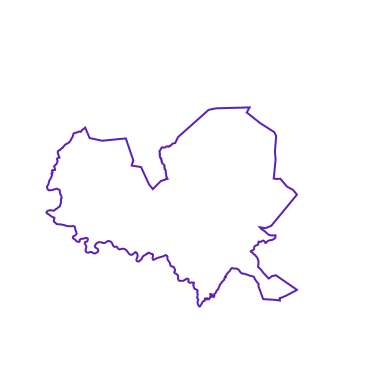 San Juan Tepeuxila, Oaxaca, Mexico, rotated 27°
{"feature_id": "50627088B92335277656173", "entity_name": "San Juan Tepeuxila", "entity_type": "district", "adm_level": 2, "iso_a3": "MEX", "parent_name": "Mexico", "parent_adm1": "Oaxaca", "projection": "orthographic", "projection_center": [-96.763, 17.75], "detail": "fine", "context": "isolated", "style": "outline", "palette": "violet", "viewbox_px": 384, "rotation_deg": 27, "n_neighbors": 0, "source": "geoboundaries", "source_scale": "gbopen_adm2", "svg_char_len": 6049}
<svg xmlns="http://www.w3.org/2000/svg" viewBox="0 0 384 384"><g transform="rotate(27 192 192)"><path d="M82.1,280.7L82.5,281.1L83.2,281.3L84.1,281.2L84.8,281.8L86.3,281.9L87.9,281.3L90.3,280.2L90.6,280.2L93.3,279.5L95.5,279.2L97.7,278.5L102.1,276.1L103.2,276.1L104.1,277.0L104.9,278.3L105.8,279.2L106.9,279.9L108.1,281.6L108.1,282.5L107.6,283.7L106.5,285.1L106.4,286.5L106.8,287.1L107.5,287.3L109.2,287.5L111.8,288.3L113.3,288.1L114.2,287.5L114.2,286.6L113.7,285.7L113.9,284.9L114.6,284.0L116.1,283.1L118.5,280.9L119.1,280.7L120.5,281.0L121.2,283.5L119.6,285.0L119.5,285.7L119.9,286.5L122.5,288.4L122.9,289.3L123.6,292.3L124.2,293.0L125.2,293.5L126.2,293.5L127.4,293.0L128.2,291.9L129.6,291.1L132.4,291.3L133.6,290.6L135.2,288.3L135.2,286.8L134.1,285.7L132.6,285.4L131.2,285.3L130.3,284.8L130.0,284.3L130.0,283.2L130.1,281.2L131.3,279.4L132.0,278.8L134.4,277.9L135.6,277.9L137.0,277.4L137.8,276.5L139.2,274.0L140.1,273.4L142.2,273.1L144.0,273.8L146.0,275.6L146.9,276.0L147.7,276.1L149.5,275.0L150.5,275.2L151.5,275.9L152.9,276.2L153.5,276.0L156.0,274.0L157.5,273.4L158.0,273.4L159.6,273.6L163.8,275.5L164.8,275.8L165.6,275.8L166.3,275.6L167.2,275.0L167.8,273.4L168.9,271.9L168.8,271.5L168.9,271.2L170.4,271.3L172.3,273.1L172.7,273.8L173.0,277.0L173.6,278.2L174.5,278.6L175.4,278.5L176.2,278.0L177.6,274.6L177.4,272.6L177.8,270.7L178.5,270.0L179.6,267.9L180.1,267.5L180.1,266.8L180.5,266.1L181.4,265.6L181.8,265.5L182.0,265.7L184.2,265.6L184.7,265.3L185.0,265.3L185.6,265.6L186.3,266.7L186.9,268.9L187.8,270.0L188.7,269.8L191.1,266.5L195.4,262.5L197.3,260.1L197.8,260.0L199.3,260.5L200.4,262.7L200.9,263.2L204.5,265.3L206.0,267.1L206.7,267.5L207.7,267.6L209.3,267.0L210.3,267.4L211.1,268.2L211.6,268.4L212.2,269.0L212.6,270.1L212.5,271.4L212.9,271.9L213.6,272.2L214.9,272.0L216.5,272.4L217.5,272.9L218.1,273.7L218.6,275.3L220.1,276.6L220.5,276.8L221.3,276.8L224.6,275.0L225.9,273.2L225.9,272.5L226.5,271.8L227.5,271.2L228.4,271.3L228.9,271.9L229.3,273.6L229.8,273.8L231.0,273.9L231.9,273.6L232.8,272.7L233.7,272.5L234.3,272.0L234.9,272.0L235.1,272.3L235.4,274.5L236.3,275.1L236.7,275.9L237.8,276.9L238.5,277.1L241.1,276.9L241.8,277.2L242.3,279.4L243.5,280.4L244.6,283.9L246.5,285.0L246.7,287.0L247.3,288.1L247.9,289.1L250.4,290.7L251.0,290.3L251.2,289.2L251.4,284.7L252.1,283.6L252.7,283.1L252.1,281.7L252.0,281.0L252.5,280.7L252.9,280.7L253.7,281.0L254.0,281.0L254.1,280.6L253.8,279.8L254.1,279.7L255.2,279.9L255.7,279.9L255.7,279.3L256.0,278.9L256.1,278.1L255.9,277.7L256.3,277.6L256.5,277.2L256.6,276.7L256.3,276.1L255.9,275.7L255.1,275.4L254.6,274.8L255.1,274.3L255.9,274.3L257.2,274.9L258.1,275.8L259.0,275.8L259.1,275.5L259.1,274.5L258.7,273.6L258.1,272.9L258.5,272.3L259.0,270.7L258.7,269.1L259.1,267.5L259.5,266.8L259.1,264.6L259.3,263.6L258.8,262.0L259.2,261.1L259.5,259.2L259.4,258.8L259.7,258.4L260.3,256.1L260.6,255.5L260.0,254.2L260.8,252.6L259.9,252.2L260.4,250.8L260.2,249.5L260.3,248.8L260.7,247.9L260.8,246.9L261.4,245.7L261.8,242.1L262.0,241.7L264.1,241.2L266.3,240.0L267.0,240.0L267.9,239.9L269.1,240.2L272.2,241.8L273.1,241.9L273.7,241.9L274.9,241.3L279.1,240.5L281.1,240.4L284.6,239.5L286.3,239.8L287.2,240.9L290.1,242.4L291.2,242.8L292.0,243.4L292.9,243.6L293.2,244.0L294.0,245.8L304.0,255.1L314.5,250.6L318.6,249.1L318.4,248.8L318.5,248.6L319.5,248.7L319.3,248.1L318.9,248.1L318.7,247.8L318.9,247.4L318.4,246.6L319.9,245.3L322.5,242.2L329.8,231.9L329.9,231.5L304.4,228.1L303.5,229.1L301.4,230.6L300.9,231.6L300.2,233.3L299.6,234.3L292.2,231.6L289.2,230.1L287.1,229.3L285.0,228.9L283.0,224.0L282.1,222.8L280.8,221.6L279.4,220.7L277.0,219.6L275.4,219.4L273.5,218.7L271.3,218.4L271.2,218.2L271.7,217.3L272.7,216.2L273.1,215.3L273.2,214.6L272.4,212.9L272.5,212.0L272.9,211.0L274.3,209.5L274.7,208.7L274.6,208.1L273.9,206.8L274.1,205.8L274.8,205.8L275.8,205.3L277.1,203.3L277.7,202.9L278.3,202.9L279.4,203.3L280.4,204.0L280.9,203.9L281.2,203.5L281.2,202.6L282.2,200.7L283.4,199.5L284.9,198.6L286.4,196.7L286.9,195.4L286.9,194.7L286.6,193.5L286.0,192.7L285.2,193.3L282.9,194.4L280.8,195.2L279.1,195.2L274.9,194.0L270.4,193.4L268.5,192.6L273.7,191.0L278.0,186.1L286.7,146.7L281.0,144.2L274.3,144.1L264.7,140.1L262.7,141.2L261.9,141.9L259.2,142.7L258.7,142.9L251.8,125.2L247.6,118.5L241.6,104.0L238.1,101.3L221.5,99.7L204.7,96.3L204.9,90.5L175.5,106.5L169.5,111.3L154.6,149.5L154.8,156.0L152.8,157.6L151.8,160.7L151.1,160.9L150.9,162.1L150.6,162.3L148.9,162.6L147.6,164.7L146.6,165.4L145.1,165.6L145.0,165.8L144.7,166.6L144.8,167.3L144.8,169.0L144.5,169.5L144.5,170.3L144.8,170.7L144.7,170.8L145.7,171.9L145.7,172.7L146.6,173.1L146.6,174.2L147.7,175.2L148.1,175.4L148.1,175.8L148.5,176.2L149.0,176.2L149.6,176.4L149.6,176.8L149.9,176.9L150.3,177.6L151.2,178.2L151.1,178.8L152.5,179.9L154.9,180.5L155.7,181.2L155.9,182.3L156.9,183.0L157.1,183.9L157.5,183.8L159.3,185.3L159.7,186.7L160.6,187.5L161.1,188.2L161.6,189.2L162.1,189.9L162.7,190.1L163.2,190.7L163.0,191.5L164.0,191.6L159.3,196.3L155.8,207.2L150.1,204.6L135.3,192.9L126.3,195.8L125.7,193.4L125.8,192.4L125.3,191.5L125.6,190.7L108.7,174.3L88.7,187.1L76.3,190.4L67.6,183.1L65.8,187.1L65.6,188.9L63.6,189.6L62.5,191.2L61.0,192.3L59.9,193.7L60.3,195.5L60.6,197.7L60.3,199.3L60.5,200.7L59.6,204.6L58.6,205.7L57.4,207.6L56.6,211.4L55.4,213.6L55.5,214.4L54.6,215.3L54.1,216.3L54.1,217.1L54.9,218.4L57.2,220.6L58.1,221.2L58.3,221.6L57.2,222.3L56.9,222.7L56.7,223.4L56.8,224.0L57.1,224.4L57.8,224.9L58.2,225.6L58.4,226.4L58.4,227.5L58.5,227.7L58.5,228.5L58.0,230.1L57.6,231.1L57.5,231.8L58.8,232.9L59.2,233.6L59.9,234.1L59.9,234.6L57.9,235.8L57.6,236.2L57.5,236.6L59.1,238.0L59.0,238.6L58.4,239.2L58.8,239.8L59.7,240.4L59.8,242.2L60.0,243.0L59.7,246.7L60.6,250.5L60.3,253.1L62.1,255.1L63.7,255.5L66.8,253.6L68.3,251.9L70.2,250.3L73.2,250.4L74.3,251.9L74.9,253.0L77.2,254.8L78.6,256.4L78.7,257.0L78.4,257.6L78.7,258.5L79.6,259.9L80.2,261.4L80.7,264.9L79.6,266.8L79.4,267.8L78.5,269.0L77.5,271.3L75.1,272.3L74.2,272.4L72.8,273.5L72.0,274.3L71.5,276.2L72.6,277.0L74.0,276.9L78.6,277.7L81.0,277.3L81.4,277.7L81.5,279.2L82.1,280.7Z" fill="none" stroke="#5b21b6" stroke-width="2"/></g></svg>